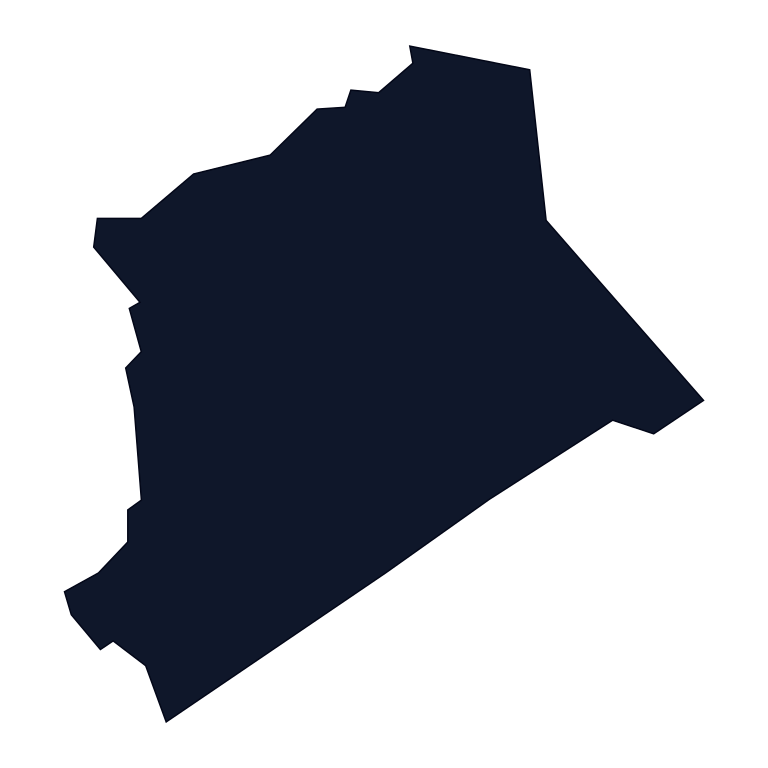 the district of Gilmer, West Virginia, United States of America
{"feature_id": "52423323B25764117522336", "entity_name": "Gilmer", "entity_type": "district", "adm_level": 2, "iso_a3": "USA", "parent_name": "United States of America", "parent_adm1": "West Virginia", "projection": "robinson", "projection_center": [-80.912, 38.914], "detail": "fine", "context": "isolated", "style": "filled", "palette": "ink", "viewbox_px": 768, "rotation_deg": 0, "n_neighbors": 0, "source": "geoboundaries", "source_scale": "gbopen_adm2", "svg_char_len": 541}
<svg xmlns="http://www.w3.org/2000/svg" viewBox="0 0 768 768"><path d="M97.4,218.4L93.7,247.1L140.0,302.3L129.3,308.4L141.3,351.7L125.7,368.0L134.1,407.0L141.4,500.1L127.8,509.9L127.8,542.0L98.4,573.0L64.5,591.7L71.3,614.7L100.4,649.5L113.1,640.9L145.7,665.7L166.2,721.9L385.9,572.7L489.2,499.4L612.6,420.2L653.7,433.8L703.5,400.4L579.4,258.6L546.1,220.4L529.7,69.8L409.8,46.1L412.9,63.2L378.6,92.7L350.9,90.1L345.1,107.3L317.1,109.1L270.2,155.1L193.6,174.0L141.3,218.4L97.4,218.4Z" fill="#0f172a" stroke="#020617" stroke-width="1.5"/></svg>